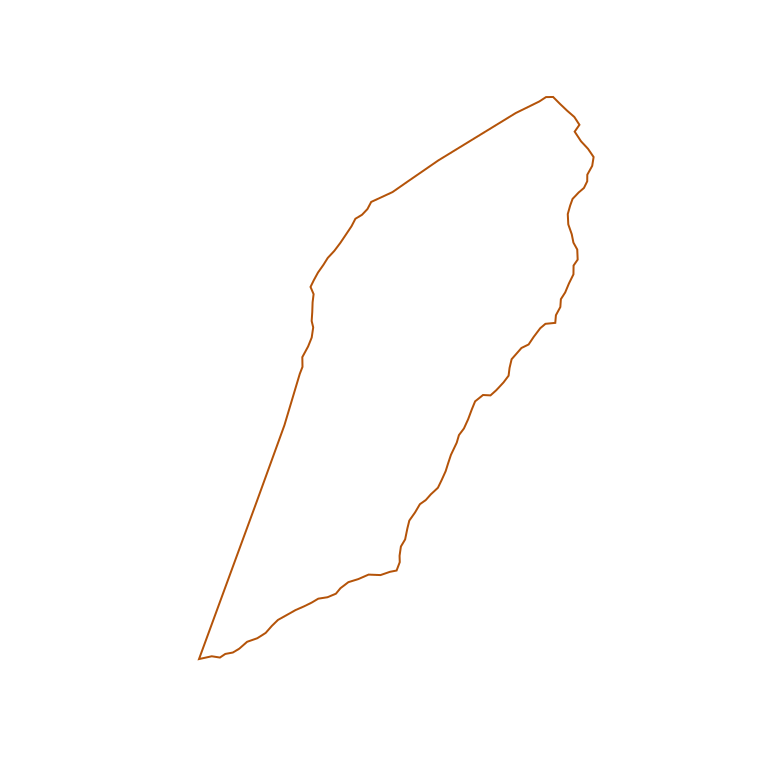 the district of Santanópolis, Bahia, Brazil, rotated 217°
{"feature_id": "56859067B97694187874287", "entity_name": "Santanópolis", "entity_type": "district", "adm_level": 2, "iso_a3": "BRA", "parent_name": "Brazil", "parent_adm1": "Bahia", "projection": "mercator", "projection_center": [-38.873, -11.961], "detail": "fine", "context": "isolated", "style": "outline", "palette": "amber", "viewbox_px": 768, "rotation_deg": 217, "n_neighbors": 0, "source": "geoboundaries", "source_scale": "gbopen_adm2", "svg_char_len": 1610}
<svg xmlns="http://www.w3.org/2000/svg" viewBox="0 0 768 768"><g transform="rotate(217 384 384)"><path d="M366.2,53.0L357.7,62.9L350.4,66.8L348.3,72.9L343.1,78.6L340.3,85.5L338.2,95.7L332.2,104.7L328.7,114.0L328.0,123.3L326.7,131.8L322.4,141.5L318.6,150.2L314.1,158.2L310.2,165.9L307.3,173.0L300.8,179.7L296.2,187.6L295.9,194.7L293.2,204.3L287.2,212.6L281.6,222.5L271.8,229.3L266.2,237.6L261.7,242.6L264.2,251.2L268.2,256.2L272.7,264.4L273.6,272.6L278.5,282.9L281.6,290.2L281.9,300.0L283.0,309.6L280.8,316.5L280.2,324.1L278.5,333.6L280.2,342.2L282.3,351.5L285.0,359.1L287.9,367.7L290.6,380.9L293.4,388.3L293.4,396.6L295.6,406.5L298.6,416.6L300.8,425.0L298.3,434.8L292.1,439.0L290.6,446.6L289.5,457.2L289.5,465.6L293.4,472.4L297.0,480.6L295.9,495.5L292.3,502.6L292.8,511.6L292.8,522.6L291.3,529.2L284.0,535.9L288.1,542.4L289.5,551.6L293.8,558.2L294.4,566.2L296.8,575.6L298.7,585.6L303.9,592.7L304.2,599.9L310.6,607.7L317.8,610.9L324.2,616.6L332.9,622.4L339.5,630.3L342.7,638.5L344.8,645.3L343.8,654.1L342.3,660.9L343.7,668.2L347.6,673.5L349.0,683.5L353.2,691.4L362.6,694.6L372.7,696.4L383.6,700.3L383.9,708.6L392.7,711.8L402.4,712.5L411.9,713.6L421.7,715.0L427.3,710.6L430.0,703.1L441.9,679.6L475.2,595.2L487.0,559.8L492.7,542.4L503.8,521.7L502.5,513.7L503.4,505.9L506.3,498.8L504.9,490.5L504.3,479.8L503.8,470.4L503.8,460.4L504.8,450.9L504.1,442.6L503.8,433.3L502.5,424.5L501.1,417.3L494.3,413.4L490.2,406.3L484.6,398.3L479.7,390.8L474.6,386.6L469.7,377.6L467.2,368.3L465.4,356.3L459.4,348.6L457.4,341.5L438.7,291.1L414.6,212.6L393.0,141.3L366.2,53.0Z" fill="none" stroke="#b45309" stroke-width="2"/></g></svg>